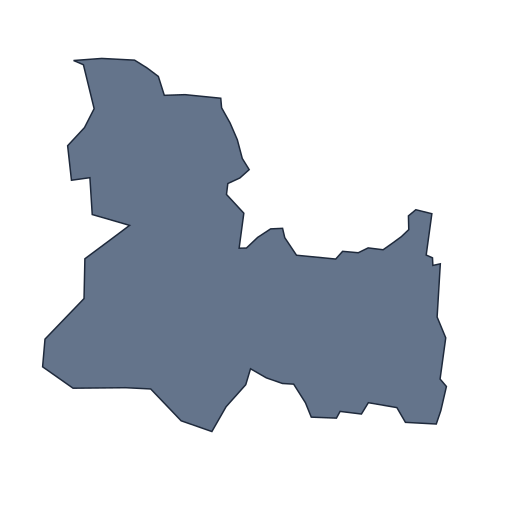 Lezhë, Lezhë, Albania (Equal Earth projection), rotated 277°
{"feature_id": "67620474B20431026689517", "entity_name": "Lezhë", "entity_type": "district", "adm_level": 2, "iso_a3": "ALB", "parent_name": "Albania", "parent_adm1": "Lezhë", "projection": "equal_earth", "projection_center": [19.698, 41.807], "detail": "fine", "context": "isolated", "style": "filled", "palette": "slate", "viewbox_px": 512, "rotation_deg": 277, "n_neighbors": 0, "source": "geoboundaries", "source_scale": "gbopen_adm2", "svg_char_len": 1101}
<svg xmlns="http://www.w3.org/2000/svg" viewBox="0 0 512 512"><g transform="rotate(277 256 256)"><path d="M308.7,63.6L313.5,81.6L277.2,88.4L271.0,126.8L255.6,110.8L232.4,86.5L192.8,90.5L147.8,56.7L120.0,57.7L102.5,90.5L109.4,142.7L111.2,167.7L83.3,201.8L78.4,224.4L76.4,233.6L102.8,244.7L127.0,261.5L143.4,264.3L136.3,281.1L132.7,297.8L133.4,309.0L116.3,323.0L102.8,330.5L104.9,355.6L112.0,358.4L112.0,379.9L124.1,385.4L122.7,414.3L109.1,424.6L111.2,455.4L125.1,458.3L149.7,460.9L156.3,453.7L197.9,454.3L217.5,443.2L270.7,439.9L268.2,432.7L275.7,431.4L277.7,424.8L319.4,425.4L321.4,409.0L314.4,402.4L300.8,404.4L292.8,397.8L284.3,388.7L277.7,381.4L277.7,366.3L271.7,357.1L271.2,341.4L262.7,335.5L261.7,296.1L277.7,282.3L286.7,279.0L284.7,267.2L274.7,255.4L262.7,245.5L261.7,238.3L297.0,238.7L313.5,219.2L324.5,219.2L331.5,230.5L340.9,238.7L351.1,230.5L369.1,223.3L384.8,214.1L398.9,203.8L408.3,201.8L407.5,165.9L404.3,145.4L422.3,137.2L429.4,124.9L435.6,111.6L433.3,78.8L427.8,51.1L424.8,61.4L382.5,77.4L362.5,70.1L342.5,55.6L308.7,63.6Z" fill="#64748b" stroke="#1e293b" stroke-width="1.5"/></g></svg>